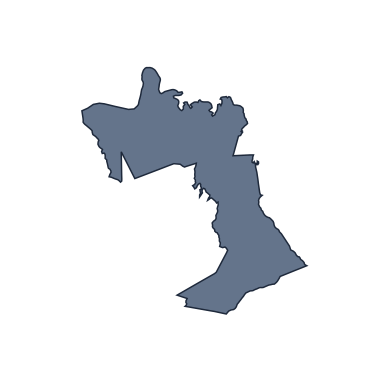 the district of Viana, Maranhão, Brazil, rotated 212°
{"feature_id": "56859067B39245946718255", "entity_name": "Viana", "entity_type": "district", "adm_level": 2, "iso_a3": "BRA", "parent_name": "Brazil", "parent_adm1": "Maranhão", "projection": "robinson", "projection_center": [-44.985, -3.13], "detail": "fine", "context": "isolated", "style": "filled", "palette": "slate", "viewbox_px": 384, "rotation_deg": 212, "n_neighbors": 0, "source": "geoboundaries", "source_scale": "gbopen_adm2", "svg_char_len": 5079}
<svg xmlns="http://www.w3.org/2000/svg" viewBox="0 0 384 384"><g transform="rotate(212 192 192)"><path d="M328.4,202.5L323.9,197.3L322.4,195.4L321.3,193.5L320.1,193.0L318.7,192.6L316.8,192.4L314.9,192.1L313.4,191.9L311.5,191.6L309.3,191.1L308.0,189.5L306.5,188.2L305.2,188.1L303.0,188.0L301.5,187.5L300.1,187.3L298.4,186.4L298.1,184.7L297.1,182.7L295.5,181.6L294.1,181.0L292.4,180.8L290.5,180.7L290.1,178.4L288.5,177.1L287.2,178.4L285.8,178.0L284.7,176.6L283.5,174.5L281.3,174.0L280.4,172.7L279.1,171.5L277.3,169.7L276.3,168.6L275.3,167.8L273.9,167.9L272.1,167.0L271.1,165.8L270.9,163.1L270.4,161.0L268.1,161.8L265.4,162.2L263.8,162.5L261.5,163.1L260.0,163.0L257.8,162.5L257.4,164.0L258.3,165.6L260.7,169.2L273.3,188.6L247.6,173.1L232.3,193.3L226.3,201.3L222.4,206.4L216.7,209.3L213.5,209.0L211.6,209.2L210.4,210.7L203.6,218.7L202.8,216.8L202.3,215.0L202.1,212.8L200.8,211.5L199.8,210.1L199.2,208.8L198.5,207.7L197.6,206.7L197.3,204.8L195.5,204.0L194.9,202.8L193.8,201.8L193.8,199.7L194.8,197.7L192.9,197.0L191.3,196.1L190.5,198.0L190.8,199.5L190.8,201.9L189.9,203.5L188.7,203.1L187.8,201.5L186.5,200.7L185.6,199.1L186.5,198.1L185.4,196.8L184.1,195.6L184.0,193.6L182.9,191.8L182.8,193.7L182.8,195.2L182.7,196.8L183.8,197.8L184.4,199.0L184.4,201.1L183.0,201.5L181.4,200.6L180.0,199.5L178.4,199.4L176.9,199.1L175.2,198.9L174.6,197.3L174.8,195.7L174.3,193.3L173.5,195.1L173.2,196.5L172.2,197.3L170.9,197.2L168.8,196.8L167.2,196.6L165.3,195.7L164.6,197.2L163.8,196.1L162.9,194.9L162.4,192.8L161.8,191.1L160.7,190.3L159.7,188.6L159.5,187.0L159.3,184.8L157.6,182.5L157.4,180.8L158.3,178.5L158.5,176.4L157.0,174.8L156.2,173.3L154.6,172.5L153.1,172.3L151.8,170.8L150.1,170.5L148.9,170.8L147.5,169.9L146.3,169.5L145.3,168.0L144.1,167.1L142.8,164.9L141.0,163.9L140.2,162.2L139.7,160.5L138.4,160.7L136.5,161.1L134.9,162.8L133.3,162.6L130.9,161.5L130.5,158.5L128.9,136.7L129.7,134.6L139.7,116.0L150.0,96.6L139.7,99.1L139.4,96.5L138.6,95.1L137.2,94.4L136.9,92.8L137.3,91.4L124.9,96.4L113.5,101.0L109.7,102.6L98.3,106.7L97.8,110.4L96.4,112.6L94.4,114.4L93.7,116.2L93.6,118.1L94.2,120.8L93.9,122.8L93.8,124.4L93.6,126.1L93.4,128.6L93.1,130.8L93.1,132.7L92.8,135.0L91.9,136.4L90.3,138.9L89.1,139.8L88.1,140.6L86.8,142.8L85.6,144.3L84.3,146.4L83.3,147.3L82.0,148.0L80.9,148.9L79.7,150.7L77.6,153.7L76.0,155.2L75.0,156.3L73.3,157.6L72.5,160.2L72.3,161.9L72.3,164.4L72.5,167.1L64.0,178.8L55.6,190.3L57.4,190.2L58.6,190.6L59.6,191.6L61.9,192.3L64.1,192.4L65.4,193.3L66.6,193.8L68.0,193.3L69.8,193.6L72.4,195.1L74.6,195.5L77.6,195.2L78.8,196.2L80.7,197.8L94.0,203.9L96.8,204.6L97.9,205.5L99.2,205.9L100.6,205.8L101.8,205.9L103.5,206.4L105.1,207.7L106.2,209.0L107.7,210.1L110.3,210.8L112.6,211.2L114.3,210.7L115.9,210.6L117.3,210.7L118.6,211.1L120.3,211.9L121.8,213.1L123.5,213.4L125.1,214.8L126.8,215.2L127.9,216.0L129.0,216.7L130.0,218.9L131.1,220.1L131.6,222.1L131.4,224.2L130.7,226.4L132.5,225.9L134.2,227.3L139.9,234.0L142.8,237.6L147.4,243.0L149.2,244.8L151.2,246.8L153.1,249.4L155.4,250.8L155.5,249.1L156.8,249.1L157.7,250.4L158.0,252.1L159.0,253.8L159.5,256.0L162.1,254.4L176.4,244.5L182.2,264.0L180.8,265.7L180.9,267.8L180.8,269.3L182.2,269.3L181.6,270.4L182.8,270.7L183.1,272.4L182.6,274.2L182.4,275.7L181.8,277.2L181.2,279.5L182.5,280.9L183.8,281.4L184.8,282.5L186.6,283.0L188.5,284.8L189.3,285.9L190.7,286.6L191.8,288.6L193.2,290.1L195.4,290.5L197.1,290.5L200.0,289.4L202.2,288.1L203.5,288.2L204.6,289.2L206.0,290.2L207.4,291.0L209.5,292.6L211.2,292.4L211.9,290.6L213.5,291.1L214.9,289.8L216.1,289.0L217.4,287.6L217.3,285.8L216.0,286.2L214.8,285.2L213.6,283.0L213.3,280.6L215.1,281.4L216.4,279.7L215.1,277.1L214.3,275.7L213.9,273.4L214.1,271.6L213.5,269.7L214.8,267.2L216.2,267.8L215.9,270.1L217.8,270.3L219.3,269.7L220.9,270.3L220.4,271.9L219.6,274.1L221.4,276.0L222.9,276.9L224.5,277.1L226.0,276.9L229.7,274.6L231.6,273.8L233.0,273.9L234.1,274.3L234.7,273.0L234.4,271.1L236.2,270.5L237.7,269.4L239.0,266.9L239.6,265.2L238.4,264.7L236.9,264.3L237.3,262.3L238.5,262.5L239.8,263.4L241.8,264.1L243.8,265.6L245.6,264.6L246.3,263.1L244.5,262.4L244.8,260.0L243.3,257.8L243.8,255.6L245.5,255.5L248.5,256.6L249.8,257.6L250.4,260.4L251.4,262.0L252.6,262.6L253.9,262.7L255.5,262.5L257.4,262.2L258.5,263.4L257.3,265.1L255.9,265.9L254.2,267.0L252.7,268.5L252.3,270.8L253.6,271.6L255.1,270.2L256.7,269.1L258.4,269.7L260.0,269.6L261.6,269.2L263.0,268.4L264.0,267.4L265.5,265.8L268.3,262.7L269.4,260.2L270.3,259.1L272.0,259.2L274.7,261.3L275.8,263.9L276.7,265.8L277.3,267.4L278.0,269.8L278.7,271.0L280.0,272.0L281.6,272.6L283.4,273.6L285.1,274.5L287.8,275.7L289.1,275.9L291.5,275.9L293.5,275.3L295.0,274.3L296.6,273.3L297.3,272.1L297.7,269.6L297.2,267.0L296.3,264.3L295.4,263.3L294.8,262.0L293.9,260.6L291.9,259.5L290.8,258.4L289.8,256.1L289.3,254.2L289.0,252.2L288.3,250.4L287.4,248.3L286.9,247.0L286.3,245.2L285.1,241.2L283.8,237.8L283.9,236.0L285.1,231.8L289.6,228.4L302.6,223.8L313.1,220.3L317.6,218.2L322.1,214.0L324.9,207.7L328.4,202.5ZM153.1,249.4L151.8,249.4L150.7,250.1L150.7,251.5L151.6,252.8L153.0,252.8L152.0,251.2L153.1,249.4Z" fill="#64748b" stroke="#1e293b" stroke-width="1.5"/></g></svg>